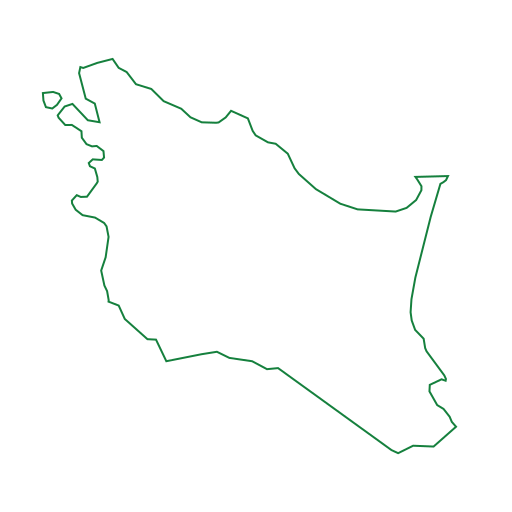 outline of Marin, California, United States of America, rotated 175°
{"feature_id": "52423323B48598289352775", "entity_name": "Marin", "entity_type": "district", "adm_level": 2, "iso_a3": "USA", "parent_name": "United States of America", "parent_adm1": "California", "projection": "mercator", "projection_center": [-122.671, 38.07], "detail": "fine", "context": "isolated", "style": "outline", "palette": "green", "viewbox_px": 512, "rotation_deg": 175, "n_neighbors": 0, "source": "geoboundaries", "source_scale": "gbopen_adm2", "svg_char_len": 1653}
<svg xmlns="http://www.w3.org/2000/svg" viewBox="0 0 512 512"><g transform="rotate(175 256 256)"><path d="M71.6,68.5L75.4,73.7L77.1,79.0L82.5,87.3L88.5,91.7L95.0,106.0L94.1,112.5L81.9,117.0L78.0,115.2L77.5,116.9L78.8,120.6L94.4,146.2L95.5,149.5L96.2,159.0L103.9,168.5L106.5,178.2L106.9,186.5L104.9,199.4L99.1,220.7L78.5,279.9L66.0,311.8L62.9,313.2L60.1,315.0L57.8,318.9L90.3,320.9L88.7,318.2L86.5,313.9L85.1,311.1L85.5,307.1L91.6,297.8L101.8,290.8L113.0,288.1L150.7,293.6L167.4,300.7L190.5,317.4L206.2,334.0L209.9,340.0L215.4,355.1L226.6,366.1L234.2,368.2L245.8,376.2L248.4,380.9L252.1,393.8L268.2,402.8L274.1,396.7L281.6,392.3L284.0,392.2L298.4,393.9L309.2,399.9L317.6,409.2L334.5,418.3L345.7,431.5L360.6,437.6L368.8,450.5L376.4,455.4L381.7,464.8L397.3,462.2L411.7,458.4L414.5,459.5L416.3,453.6L411.9,427.6L403.3,421.9L400.2,402.9L411.7,405.9L425.6,423.5L433.6,421.6L441.3,413.4L440.6,411.0L434.6,403.1L428.0,402.6L419.0,395.5L419.2,389.0L415.1,382.2L409.8,379.5L405.1,379.5L398.8,373.8L398.8,367.3L401.2,365.1L410.2,366.5L414.5,363.2L413.6,359.9L408.9,357.2L407.2,348.5L407.2,343.9L408.3,342.3L419.2,329.8L425.4,330.1L429.3,332.2L434.6,327.3L434.6,324.3L431.6,317.8L425.2,311.8L413.0,308.3L404.4,302.1L402.3,298.5L401.2,287.9L405.9,267.8L411.5,255.0L409.6,239.8L407.4,234.0L406.6,224.8L406.9,223.4L397.1,218.6L392.2,204.7L371.4,182.6L362.9,181.4L354.5,159.0L318.8,162.9L303.3,164.0L291.4,156.8L269.0,151.5L254.9,142.3L243.8,142.4L137.9,50.8L131.6,47.2L116.0,53.3L95.7,50.7L71.6,68.5ZM436.0,430.0L438.0,434.6L443.8,437.1L454.1,436.9L454.2,429.4L452.3,422.6L446.1,420.7L441.1,423.9L436.0,430.0Z" fill="none" stroke="#15803d" stroke-width="2"/></g></svg>